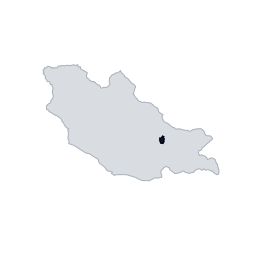 Jargaltxaan, Hentiy, Mongolia (highlighted), rotated 25°
{"feature_id": "93677404B12231868373169", "entity_name": "Jargaltxaan", "entity_type": "district", "adm_level": 2, "iso_a3": "MNG", "parent_name": "Mongolia", "parent_adm1": "Hentiy", "projection": "mercator", "projection_center": [109.479, 47.515], "detail": "fine", "context": "in_parent", "style": "filled", "palette": "ink", "viewbox_px": 256, "rotation_deg": 25, "n_neighbors": 0, "source": "geoboundaries", "source_scale": "gbopen_adm2", "svg_char_len": 4272}
<svg xmlns="http://www.w3.org/2000/svg" viewBox="0 0 256 256"><g transform="rotate(25 128 128)"><path d="M26.9,108.6L27.7,108.6L28.8,107.7L29.0,106.5L29.3,105.8L32.1,105.5L33.3,105.9L33.6,105.1L33.8,105.0L34.5,105.6L35.1,105.3L35.5,105.0L36.0,104.1L36.9,104.3L38.5,103.2L38.5,101.4L39.1,101.0L40.6,100.6L40.8,99.8L41.1,99.5L42.1,99.3L44.0,98.4L44.9,98.3L45.5,97.5L47.2,96.4L49.7,95.8L49.9,95.3L52.1,93.6L54.6,93.5L55.2,92.0L55.6,91.9L57.3,93.7L58.0,93.4L58.3,92.8L59.3,92.8L59.7,94.0L60.3,94.5L67.6,95.0L67.8,95.4L68.2,98.3L69.6,99.6L69.9,100.2L71.9,100.0L73.0,101.1L74.7,101.0L75.6,101.3L77.3,100.3L77.7,100.3L78.2,100.9L79.0,100.5L80.6,101.4L81.8,101.3L82.4,101.7L83.1,101.3L84.8,101.6L86.2,103.1L87.2,103.0L88.3,102.0L88.7,101.3L90.3,101.0L91.3,100.3L91.9,99.7L92.8,97.5L93.0,95.2L92.2,94.9L91.4,94.1L91.0,92.9L90.9,92.0L90.1,90.7L90.2,90.0L90.7,88.9L90.9,87.0L91.5,86.0L92.6,85.4L92.7,84.7L93.5,83.3L95.3,82.4L96.3,80.8L96.9,79.2L97.8,80.0L100.1,81.2L102.1,81.7L103.4,82.9L106.8,83.2L112.6,86.0L113.8,85.8L117.2,87.0L117.5,87.4L117.5,89.5L117.7,90.0L117.9,92.3L118.5,93.4L118.3,94.7L118.6,95.1L119.5,95.3L120.8,96.7L123.8,97.6L124.7,98.5L126.8,99.1L127.9,98.7L129.6,99.0L130.3,98.8L131.4,97.8L132.1,97.5L136.0,96.6L137.1,95.9L137.9,95.8L141.0,96.5L143.1,97.5L146.3,97.4L147.7,98.5L148.3,99.6L149.6,100.6L153.9,101.0L154.1,101.2L154.0,103.5L154.2,103.9L157.0,106.4L158.3,107.1L162.2,107.0L168.3,108.6L169.7,108.1L171.0,108.9L171.5,108.8L175.5,106.8L176.0,106.9L180.2,106.1L182.8,105.0L184.7,105.1L186.3,104.2L187.0,102.5L189.6,100.4L194.2,97.8L197.0,98.2L198.6,99.1L200.3,101.0L201.3,101.5L203.1,101.6L205.8,100.4L207.1,100.7L208.4,101.3L209.2,102.2L205.1,111.7L205.1,112.3L203.8,114.2L203.6,117.4L201.9,118.5L202.1,120.2L202.5,120.9L204.3,122.7L204.9,122.4L205.4,121.7L206.4,121.1L208.2,121.2L209.7,121.0L211.7,121.5L213.4,123.0L216.1,119.8L218.5,119.5L220.7,119.9L222.3,122.0L224.4,123.0L224.9,124.2L225.7,124.7L225.9,125.3L228.3,127.7L228.8,129.3L229.5,130.4L229.5,131.5L229.3,132.1L228.3,132.7L224.9,132.4L222.9,131.3L222.1,131.9L219.5,131.7L218.0,132.1L217.0,132.6L216.4,133.3L215.9,133.5L215.5,133.5L214.7,132.9L214.0,132.9L213.8,133.0L213.3,134.9L211.1,134.9L210.3,134.7L208.5,135.6L208.2,136.3L207.2,137.4L206.3,139.3L206.4,140.1L206.2,140.6L204.5,141.6L202.9,143.1L199.6,143.8L198.1,143.9L196.9,143.5L195.8,143.8L194.9,145.4L192.8,147.5L189.7,149.5L184.1,148.3L183.4,148.0L182.2,146.7L179.0,146.7L178.1,147.5L177.3,148.8L175.9,152.9L177.1,155.2L178.6,156.7L179.2,157.7L179.2,158.6L178.2,159.0L176.8,160.5L173.4,161.9L169.6,166.8L162.9,169.6L158.7,169.8L155.5,169.6L146.6,170.9L140.9,173.4L136.7,175.6L135.8,176.6L135.3,176.8L134.6,176.4L132.3,176.3L132.3,174.4L127.3,175.5L123.3,173.3L117.5,172.0L116.3,171.5L114.4,169.1L113.3,168.8L110.8,168.7L103.8,167.6L100.5,168.5L86.2,166.6L81.0,167.2L80.8,167.0L80.5,165.4L78.1,163.0L77.7,162.4L77.6,161.5L75.6,156.5L74.4,155.8L74.5,153.7L72.6,153.8L70.5,153.0L68.3,151.5L67.2,150.4L65.7,150.2L63.8,148.1L62.9,147.8L58.3,146.9L56.0,147.2L53.5,146.6L50.7,146.6L49.8,146.1L49.0,146.2L47.4,145.3L46.3,145.5L44.9,142.5L45.2,140.7L45.8,139.6L47.1,137.9L47.0,137.3L46.5,135.8L47.2,133.1L47.0,131.4L46.2,129.5L45.2,129.0L43.9,126.4L43.4,124.4L42.8,123.0L41.4,122.1L40.9,120.9L40.5,120.8L40.2,121.2L39.3,121.4L38.4,120.6L38.0,119.7L37.4,119.5L36.5,119.5L35.7,119.9L34.7,119.7L33.9,118.9L31.7,117.6L31.7,116.7L31.4,116.1L30.7,115.9L30.1,115.2L28.0,114.5L27.9,114.0L28.5,113.0L27.0,112.2L26.5,111.3L27.3,110.2L26.9,109.4L26.9,108.6Z" fill="#d9dde1" stroke="#a8b0b8" stroke-width="1"/><path d="M166.2,127.1L166.0,126.6L166.1,126.3L166.4,125.2L165.9,124.8L165.7,124.3L165.4,124.1L165.4,123.9L165.6,123.6L165.5,123.1L165.4,122.8L165.0,122.6L164.9,122.3L164.9,122.2L164.7,122.2L164.4,122.1L164.2,122.0L164.2,121.9L164.0,121.7L163.9,121.7L163.8,121.4L163.7,121.3L163.8,121.2L163.7,121.0L163.7,120.9L163.4,120.9L163.5,120.8L163.4,120.8L162.8,120.8L162.8,121.9L162.7,122.2L162.5,122.5L162.4,122.8L162.4,123.1L162.0,123.5L161.5,123.6L161.1,123.8L161.3,124.1L161.6,124.4L161.8,124.7L161.8,125.1L161.8,125.4L162.1,125.5L162.3,126.0L162.8,126.6L163.0,126.4L163.3,126.5L163.4,126.8L163.5,126.8L163.5,127.0L163.7,127.3L163.8,127.4L163.8,127.5L164.0,127.8L164.4,127.7L166.2,127.1Z" fill="#0f172a" stroke="#020617" stroke-width="1.5"/></g></svg>